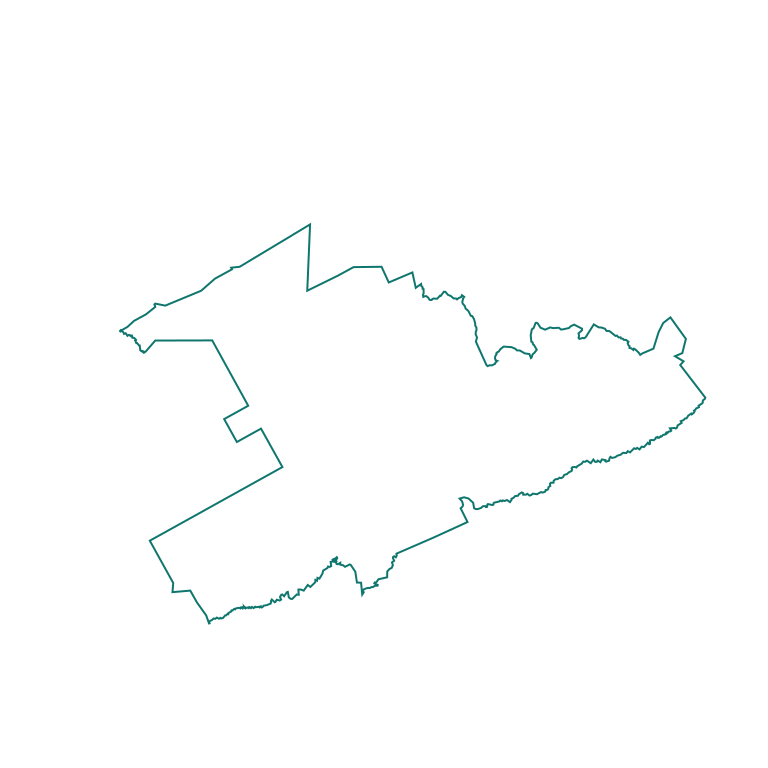 outline of Casas Grandes, Chihuahua, Mexico, rotated 61°
{"feature_id": "50627088B75483680253785", "entity_name": "Casas Grandes", "entity_type": "district", "adm_level": 2, "iso_a3": "MEX", "parent_name": "Mexico", "parent_adm1": "Chihuahua", "projection": "natural_earth1", "projection_center": [-108.11, 30.215], "detail": "fine", "context": "isolated", "style": "outline", "palette": "teal", "viewbox_px": 768, "rotation_deg": 61, "n_neighbors": 0, "source": "geoboundaries", "source_scale": "gbopen_adm2", "svg_char_len": 6164}
<svg xmlns="http://www.w3.org/2000/svg" viewBox="0 0 768 768"><g transform="rotate(61 384 384)"><path d="M551.7,109.6L511.0,115.7L509.4,111.0L500.8,116.0L501.6,108.1L490.9,98.1L464.6,101.2L466.0,110.2L471.7,118.6L483.7,131.2L482.5,143.2L482.7,145.8L480.2,146.0L475.4,147.5L474.3,148.3L475.1,149.4L472.7,150.4L471.5,151.8L469.9,150.9L468.9,151.4L466.4,151.1L465.6,149.7L462.7,151.0L461.7,152.8L460.3,153.1L459.2,154.5L458.0,154.4L457.0,156.2L454.5,156.9L454.2,158.2L447.0,161.2L445.4,163.7L442.8,163.9L440.1,166.4L438.5,168.8L433.6,171.6L440.9,185.0L441.0,186.9L440.1,187.7L439.3,191.2L437.9,191.5L436.5,190.0L434.0,189.3L433.0,184.7L431.6,184.0L424.3,188.9L424.0,192.6L424.7,195.1L423.2,200.2L422.3,202.7L419.6,203.8L417.0,209.2L415.1,211.2L414.6,216.7L410.7,219.8L405.3,220.2L404.4,220.9L404.1,221.8L407.8,226.3L407.6,227.5L408.3,228.6L412.6,232.1L418.4,234.6L419.5,233.9L421.8,234.4L422.7,233.9L428.1,233.8L429.7,237.5L430.0,239.4L432.5,242.3L432.6,242.9L428.3,242.3L425.5,246.0L420.5,249.0L419.1,251.4L417.0,252.0L413.6,254.6L409.3,261.2L409.9,265.2L411.3,268.1L411.1,269.4L411.6,270.9L412.3,270.9L413.8,273.4L415.5,274.5L417.3,274.8L418.5,273.9L418.4,274.5L419.2,275.0L419.2,276.0L420.2,277.2L420.0,280.6L418.8,282.6L418.6,284.7L416.9,285.2L391.5,283.1L388.4,280.1L384.9,279.7L382.6,278.2L381.8,277.0L379.4,275.8L377.2,275.9L375.0,274.8L370.7,273.8L367.4,273.9L366.5,275.0L360.8,274.8L357.6,276.1L355.2,275.5L351.7,276.2L350.3,275.8L347.6,273.4L346.7,271.6L344.1,272.8L345.4,274.5L345.0,277.1L345.4,279.1L344.3,279.4L342.8,281.7L339.6,282.8L336.9,284.9L333.2,285.6L332.3,286.9L334.5,291.8L333.9,292.2L335.2,296.2L333.2,299.4L333.1,300.4L333.6,301.5L333.1,302.7L332.3,303.4L330.0,303.4L327.7,304.4L327.1,305.4L326.9,307.4L325.1,306.8L323.8,305.3L320.2,303.4L319.5,304.1L318.0,303.3L316.4,303.8L314.5,303.1L315.3,309.6L300.2,305.1L297.5,330.6L280.3,329.3L267.0,354.0L266.9,371.8L265.2,405.9L208.6,371.3L211.5,453.4L208.2,461.3L210.0,461.4L209.9,480.7L213.8,498.7L209.4,537.3L202.8,545.1L203.1,546.2L205.7,546.7L207.7,558.5L207.6,572.0L209.7,580.7L209.8,587.3L209.2,587.9L209.7,589.2L210.3,589.1L210.6,587.5L212.3,586.9L214.1,587.1L214.4,585.3L217.5,585.0L217.3,583.6L218.7,582.0L219.0,582.4L219.8,582.0L219.7,581.1L221.6,581.6L222.5,580.2L224.8,579.5L225.1,580.4L225.7,580.0L226.5,580.7L228.2,580.8L228.5,580.1L231.5,579.6L231.9,579.0L236.3,580.8L237.7,580.2L237.6,579.7L238.8,578.7L239.4,579.3L240.3,578.9L240.0,576.4L235.1,563.0L262.6,513.1L337.2,513.3L337.2,540.8L363.4,540.8L363.4,513.2L407.4,513.1L407.5,664.8L455.8,664.8L463.5,669.9L470.8,653.6L484.3,653.5L500.2,651.7L508.6,653.1L508.7,652.6L506.9,652.3L507.0,648.7L506.5,646.6L507.6,645.4L507.3,643.4L509.1,642.3L509.6,641.1L509.2,640.5L510.3,639.6L510.6,638.4L509.4,635.0L509.8,634.2L509.3,632.4L509.8,631.8L508.9,631.2L508.9,628.0L508.1,627.1L508.6,626.4L508.1,624.0L508.9,623.5L508.5,622.6L509.1,620.0L510.0,618.9L510.0,618.0L510.6,618.0L510.3,617.1L511.6,616.5L510.8,615.8L512.1,614.7L510.9,614.3L513.0,613.8L512.6,613.1L513.2,612.7L513.7,610.4L514.4,610.8L514.7,609.1L515.5,609.0L515.0,607.5L516.8,606.7L516.3,604.7L517.1,604.4L518.0,601.9L519.0,601.2L518.5,600.4L518.6,599.7L519.3,600.1L520.2,599.3L520.1,597.9L519.5,596.9L520.6,593.7L521.1,589.5L518.7,587.7L518.1,586.6L521.9,585.4L522.0,584.7L520.7,582.4L522.8,580.2L522.7,578.5L519.8,578.2L518.5,575.9L518.8,575.0L521.2,574.3L519.0,569.8L519.2,568.9L524.5,570.7L526.5,569.9L527.5,568.5L525.8,562.3L527.0,560.8L522.3,558.5L523.4,556.4L525.8,554.4L522.8,548.1L525.8,546.8L524.1,540.3L522.1,539.0L523.6,537.9L521.3,536.2L522.9,534.8L520.1,529.9L517.7,527.6L517.5,522.6L516.5,521.4L517.7,520.1L517.6,518.4L513.7,516.9L513.9,515.8L515.3,513.8L514.5,513.1L513.8,514.0L512.7,514.0L513.0,510.9L512.6,509.3L513.6,509.3L514.6,511.1L514.4,511.7L516.2,511.6L516.8,512.6L518.4,512.7L519.3,511.7L519.2,508.9L520.9,509.8L522.8,507.6L525.0,506.7L525.2,501.5L526.1,500.8L534.3,500.1L544.5,503.9L546.7,500.4L557.6,505.1L556.3,502.7L554.8,503.6L553.8,500.9L554.4,497.2L555.6,495.2L555.5,493.5L556.3,492.1L556.0,489.9L557.3,487.5L556.7,486.9L553.7,489.1L553.1,488.3L553.6,487.6L553.5,486.4L552.1,483.5L554.6,475.0L549.5,472.0L548.4,468.7L548.6,466.5L546.8,464.1L543.9,463.5L543.5,460.8L540.7,460.6L539.7,459.9L539.6,458.6L541.3,457.7L540.2,456.0L538.4,455.4L542.3,415.5L545.2,377.9L529.8,377.2L529.3,374.8L528.0,373.4L524.5,372.6L520.9,373.4L521.9,368.9L525.1,365.6L531.1,363.6L536.3,365.4L538.0,364.3L538.9,362.5L539.4,359.3L538.9,356.7L539.9,354.6L541.1,354.5L541.4,353.4L539.6,352.1L539.4,351.3L542.5,347.8L542.5,346.7L541.3,345.9L541.2,345.1L542.6,340.2L542.3,338.8L543.7,337.7L543.3,336.8L544.8,335.2L545.1,332.7L548.4,331.1L547.0,328.4L546.2,328.1L546.3,325.7L545.6,323.7L546.7,321.0L545.8,319.4L545.6,316.1L546.9,315.2L548.3,315.9L549.6,313.5L549.5,311.9L552.1,310.8L552.5,309.0L552.0,307.1L554.6,303.6L554.6,299.1L555.9,297.9L556.3,295.1L555.1,294.0L555.8,292.3L555.4,291.2L554.0,290.2L553.8,288.0L552.0,287.4L551.2,286.1L552.5,283.6L550.9,282.5L550.4,280.2L551.4,278.2L551.0,276.0L552.2,274.8L552.3,272.7L550.9,270.4L551.5,267.5L550.9,265.5L551.0,262.0L550.0,260.9L548.6,260.8L548.1,259.5L549.0,257.5L550.3,256.1L549.6,254.8L549.5,249.7L548.4,247.3L549.6,245.8L549.4,243.7L553.5,241.6L551.6,237.5L554.6,237.0L555.2,235.6L554.6,234.2L557.3,232.7L555.6,230.0L557.9,227.2L558.7,227.8L559.6,227.4L560.2,224.3L558.4,222.9L557.5,221.3L559.2,220.4L560.2,217.1L559.8,214.8L560.6,211.2L560.0,208.4L561.9,205.4L560.9,203.4L563.1,202.0L561.5,196.4L562.9,195.2L562.6,193.6L565.1,192.2L563.7,189.0L565.2,187.2L563.3,181.7L565.2,181.3L565.2,180.3L562.3,178.8L562.6,177.3L563.9,175.4L563.6,173.1L562.7,172.4L562.9,170.4L564.0,170.4L564.4,169.4L563.9,167.4L564.4,167.3L564.4,166.4L563.8,164.4L564.5,162.8L564.5,161.4L563.7,161.4L563.3,160.4L563.6,159.4L564.1,159.4L563.7,157.8L564.3,156.4L564.1,155.4L561.4,155.4L563.4,151.1L564.4,150.4L564.2,148.9L562.6,147.3L562.3,142.5L560.4,142.5L560.8,139.7L560.1,137.5L560.7,136.0L559.2,133.3L558.8,129.6L559.8,129.5L559.3,126.8L558.6,125.7L557.6,125.8L557.4,123.9L556.7,123.0L557.0,119.8L555.5,119.4L555.2,115.1L554.8,114.2L553.4,113.5L552.8,112.5L552.7,110.9L551.7,109.6Z" fill="none" stroke="#0f766e" stroke-width="2"/></g></svg>